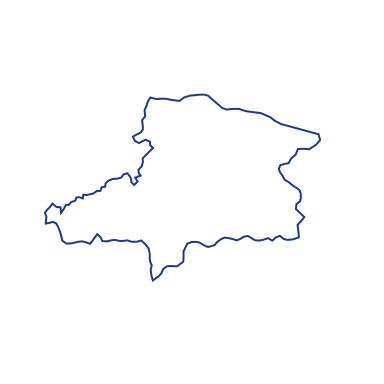 the district of Senador Canedo, Goiás, Brazil, rotated 53°
{"feature_id": "56859067B2348213586341", "entity_name": "Senador Canedo", "entity_type": "district", "adm_level": 2, "iso_a3": "BRA", "parent_name": "Brazil", "parent_adm1": "Goiás", "projection": "orthographic", "projection_center": [-49.113, -16.713], "detail": "fine", "context": "isolated", "style": "outline", "palette": "blue", "viewbox_px": 384, "rotation_deg": 53, "n_neighbors": 0, "source": "geoboundaries", "source_scale": "gbopen_adm2", "svg_char_len": 2461}
<svg xmlns="http://www.w3.org/2000/svg" viewBox="0 0 384 384"><g transform="rotate(53 192 192)"><path d="M135.4,319.4L139.3,319.9L143.9,321.1L148.0,322.7L152.8,324.8L157.6,323.4L160.6,319.0L162.8,313.7L165.3,309.4L168.5,306.9L172.1,304.5L170.4,298.8L168.6,293.1L173.0,292.3L177.2,293.1L180.2,289.8L181.9,285.7L183.8,282.4L187.3,279.5L189.6,276.5L191.7,272.8L195.3,270.2L198.5,266.1L200.2,261.7L205.7,260.8L211.0,260.6L216.3,263.2L219.9,266.0L223.2,267.6L226.3,268.3L229.5,272.0L234.8,274.9L239.1,276.5L239.2,269.4L238.5,265.4L236.2,261.6L236.2,256.8L238.7,253.1L242.4,248.6L242.4,240.9L238.1,237.3L234.3,234.5L232.6,231.1L230.5,226.9L231.6,222.7L233.8,219.3L236.6,216.6L242.2,214.3L245.6,212.3L248.0,206.1L247.0,201.8L247.2,197.0L248.0,193.5L250.4,190.9L254.2,187.7L257.4,185.5L258.5,181.9L258.9,177.5L260.7,173.9L264.5,172.3L268.5,170.7L271.3,167.5L273.0,163.9L274.7,158.9L279.2,157.2L278.7,152.6L279.9,148.2L284.7,147.0L287.8,144.5L290.7,139.7L292.5,133.9L289.2,131.7L281.8,127.5L280.7,121.5L279.6,117.4L275.1,118.1L268.1,119.3L264.5,115.8L264.5,111.4L262.4,108.8L259.1,106.3L255.4,105.1L252.3,105.8L247.9,107.5L242.5,108.8L238.1,110.6L233.4,109.9L229.0,109.8L225.8,108.8L223.7,105.2L225.4,100.9L227.1,97.6L224.8,92.3L224.6,86.8L221.4,81.6L225.1,76.2L228.3,72.8L228.9,64.3L227.5,58.4L222.0,56.2L191.2,80.1L184.8,83.1L179.2,84.5L170.4,89.6L160.3,99.9L157.6,102.0L153.8,104.5L149.5,110.4L147.1,114.6L143.2,117.3L139.4,118.1L135.3,119.0L131.7,119.7L128.1,120.6L124.8,121.1L121.6,123.6L118.7,127.6L116.8,130.8L114.0,135.3L111.8,141.3L111.6,147.4L109.0,150.0L105.8,153.3L102.1,156.4L98.8,160.7L96.3,164.6L91.5,168.4L93.2,172.8L95.9,176.7L98.2,180.7L103.3,183.8L104.6,188.6L109.2,191.3L112.4,193.5L113.6,197.3L112.7,202.3L112.2,205.9L116.8,206.9L121.1,204.9L121.5,201.6L122.3,197.6L126.3,195.4L129.8,197.3L133.4,196.6L134.1,202.1L134.7,206.9L135.5,211.3L138.5,213.1L141.3,217.0L142.0,221.3L144.8,223.2L148.0,223.2L146.4,228.7L150.9,229.2L151.6,234.0L147.5,234.5L144.8,232.7L141.6,232.3L138.2,232.3L136.7,236.1L137.9,239.7L136.5,243.4L133.8,247.6L132.6,252.4L133.1,255.9L135.5,258.1L133.8,261.4L136.0,264.4L134.0,267.3L133.8,271.7L131.1,277.9L128.8,280.4L131.4,283.1L128.6,284.9L126.8,287.6L128.7,290.5L127.3,294.6L128.2,297.8L126.4,300.7L128.5,304.8L129.9,309.2L125.1,306.2L122.4,309.2L117.2,310.5L118.4,314.1L119.1,318.6L120.0,321.8L124.2,323.2L126.6,325.5L129.2,327.8L130.8,324.4L132.3,320.9L135.4,319.4Z" fill="none" stroke="#1e3a8a" stroke-width="2"/></g></svg>